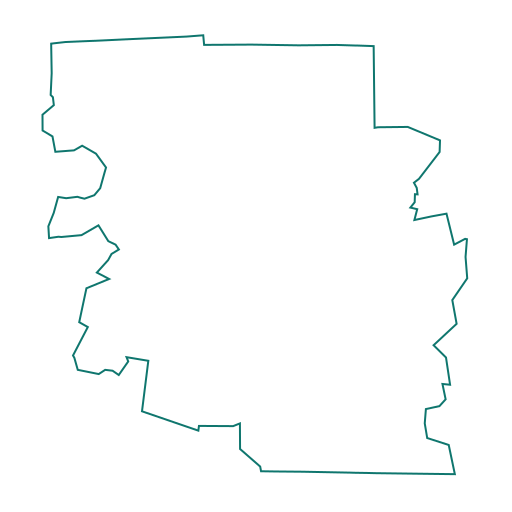 outline of Worcester, Massachusetts, United States of America, rotated 179°
{"feature_id": "52423323B99860119642972", "entity_name": "Worcester", "entity_type": "district", "adm_level": 2, "iso_a3": "USA", "parent_name": "United States of America", "parent_adm1": "Massachusetts", "projection": "robinson", "projection_center": [-71.838, 42.365], "detail": "fine", "context": "isolated", "style": "outline", "palette": "teal", "viewbox_px": 512, "rotation_deg": 179, "n_neighbors": 0, "source": "geoboundaries", "source_scale": "gbopen_adm2", "svg_char_len": 1604}
<svg xmlns="http://www.w3.org/2000/svg" viewBox="0 0 512 512"><g transform="rotate(179 256 256)"><path d="M44.8,269.1L46.6,269.5L57.7,263.9L64.8,295.0L80.0,292.5L97.0,289.2L94.0,300.0L100.8,301.7L96.4,307.0L96.0,315.0L93.4,314.8L94.1,321.3L96.8,326.5L91.7,330.3L70.6,356.8L70.0,368.4L102.0,382.4L131.7,382.6L135.2,382.1L134.7,463.8L151.7,464.7L152.9,464.7L171.2,465.6L209.8,465.9L222.0,466.3L258.6,467.5L262.0,467.5L304.2,468.0L304.9,477.6L321.7,476.6L364.8,475.4L382.7,474.9L402.3,474.3L412.3,474.0L417.4,473.9L426.2,473.7L441.5,473.3L442.3,473.3L442.5,473.3L455.2,472.1L455.8,472.0L456.3,472.0L457.1,471.9L457.1,463.0L457.1,442.3L458.5,420.6L456.3,418.3L455.5,410.4L467.0,401.0L467.2,385.2L457.4,379.1L454.8,363.7L436.1,364.8L427.9,369.3L414.2,361.1L404.4,347.1L405.9,342.3L410.6,326.5L416.6,319.6L426.5,316.3L430.7,317.4L433.5,318.3L444.8,317.1L452.8,318.5L457.5,302.6L463.1,289.3L462.6,277.5L453.2,278.7L450.3,278.4L430.1,279.9L413.0,289.4L403.4,273.4L396.2,269.8L393.0,264.9L400.4,260.6L403.9,254.5L415.4,242.2L403.3,235.6L426.1,226.7L431.2,204.7L433.9,192.9L425.4,187.9L440.7,159.7L439.4,157.4L436.2,145.3L415.3,140.7L408.8,144.8L401.4,143.8L395.3,139.4L385.6,152.8L387.2,157.1L365.5,153.1L372.7,102.7L316.7,82.4L316.0,87.1L281.8,86.3L275.0,88.9L275.3,63.3L255.5,45.4L254.7,40.7L239.5,40.2L239.4,40.2L213.0,39.5L164.0,37.7L162.7,37.6L147.7,37.1L140.9,36.8L101.1,35.6L61.0,34.4L66.6,63.7L88.0,71.0L90.2,85.7L88.8,100.0L75.2,102.7L68.9,109.4L71.8,124.8L64.2,123.9L67.8,151.2L80.0,163.7L56.6,184.7L60.5,208.5L45.2,230.0L46.5,251.4L44.8,269.1Z" fill="none" stroke="#0f766e" stroke-width="2"/></g></svg>